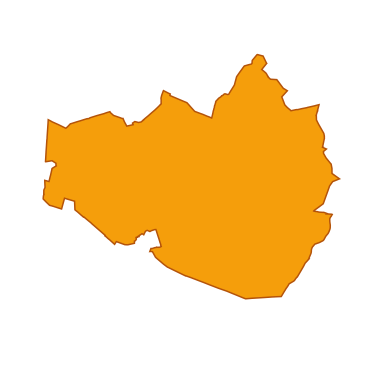 outline of Virbu pag., Talsi, Latvia, rotated 348°
{"feature_id": "27541924B43338172506229", "entity_name": "Virbu pag.", "entity_type": "district", "adm_level": 2, "iso_a3": "LVA", "parent_name": "Latvia", "parent_adm1": "Talsi", "projection": "orthographic", "projection_center": [22.631, 57.128], "detail": "fine", "context": "isolated", "style": "filled", "palette": "amber", "viewbox_px": 384, "rotation_deg": 348, "n_neighbors": 0, "source": "geoboundaries", "source_scale": "gbopen_adm2", "svg_char_len": 5463}
<svg xmlns="http://www.w3.org/2000/svg" viewBox="0 0 384 384"><g transform="rotate(348 192 192)"><path d="M292.5,281.8L292.3,281.7L292.5,281.5L292.8,280.9L293.6,279.7L295.0,277.7L295.6,276.8L295.9,276.2L296.3,275.2L296.7,273.6L296.9,273.2L297.1,272.7L297.4,272.2L297.7,271.7L298.3,271.0L298.6,270.6L299.5,270.0L300.0,269.6L300.7,269.0L301.3,268.6L301.8,268.4L302.7,268.4L303.7,268.2L304.9,268.1L306.2,267.9L309.5,267.0L309.9,266.9L310.0,266.8L310.6,266.5L311.2,266.0L313.4,263.4L313.6,263.2L313.9,262.9L314.9,262.1L316.2,261.1L316.8,260.5L317.8,259.2L318.7,257.8L319.2,257.0L319.7,255.9L320.0,254.7L320.3,253.5L320.4,252.6L320.5,251.0L320.6,249.8L320.9,248.1L321.1,247.1L321.3,246.6L321.8,246.0L322.3,245.4L322.7,245.0L322.8,244.9L323.1,244.7L324.5,243.1L324.1,242.8L319.1,241.4L319.6,241.1L316.7,239.3L316.0,239.2L312.1,238.1L310.3,237.2L308.7,236.7L307.2,236.0L307.1,235.9L307.6,235.5L309.8,234.5L317.9,230.8L325.1,219.2L327.9,214.6L328.6,214.0L331.7,211.1L339.0,209.8L332.8,203.0L333.5,199.5L333.8,198.0L333.9,193.6L333.3,192.6L330.3,186.7L330.2,186.5L328.7,181.7L329.0,179.7L332.4,177.9L329.1,175.5L329.4,175.3L329.1,175.1L330.9,171.0L332.3,167.8L332.6,167.3L333.0,165.0L333.1,164.9L333.1,162.1L329.9,152.0L329.0,148.6L329.0,148.4L328.7,147.5L329.5,143.1L329.3,143.0L329.7,142.3L330.8,140.2L331.3,139.5L331.8,138.8L331.9,138.4L331.7,138.4L334.4,133.0L331.3,133.1L330.1,133.2L322.5,133.3L321.7,133.4L316.7,133.3L312.6,133.4L311.2,133.1L309.9,133.1L305.7,133.1L305.0,132.0L302.8,129.2L300.9,126.1L299.6,117.6L306.3,112.8L303.6,110.2L303.3,110.0L303.0,109.8L302.3,108.4L298.3,99.7L292.2,98.0L291.1,96.4L290.3,95.2L290.5,95.1L289.8,93.2L289.5,92.1L288.9,90.8L286.2,87.3L285.7,86.7L291.8,81.7L291.7,81.6L289.8,73.8L285.8,71.8L284.7,71.2L284.4,71.2L284.0,71.3L278.3,75.8L277.4,78.7L277.0,79.0L276.7,79.2L273.5,79.3L269.4,79.6L267.4,81.3L265.6,83.0L264.3,84.1L262.9,85.4L259.8,88.3L259.5,88.7L255.7,96.2L249.3,102.8L248.7,103.6L248.2,104.0L247.6,104.1L247.2,104.1L246.6,103.8L245.7,103.3L244.9,102.9L244.3,102.8L243.8,102.9L242.1,103.9L241.4,104.1L241.1,104.0L240.8,104.2L240.6,104.5L239.1,105.3L238.5,105.4L237.5,105.9L236.8,106.5L236.6,106.6L236.4,106.6L236.2,106.9L235.9,107.1L234.8,107.7L234.3,108.3L234.0,108.6L233.8,108.9L233.8,109.4L233.6,109.6L233.5,109.8L233.1,110.5L232.6,111.5L231.9,112.5L231.5,113.8L231.3,114.2L230.8,115.0L230.3,116.1L229.7,117.1L228.9,119.0L227.4,122.2L226.6,123.7L223.9,121.8L223.2,121.4L222.7,121.1L218.7,118.3L216.1,116.7L211.4,113.7L208.5,108.7L207.0,106.0L205.6,103.6L201.7,100.9L190.4,93.0L191.1,91.6L189.6,90.5L185.3,87.0L185.2,86.9L184.9,87.2L183.1,90.1L182.5,91.0L181.2,93.7L181.1,94.4L181.0,95.2L180.8,96.4L180.5,97.5L180.3,98.9L180.2,99.3L179.6,99.8L179.5,99.7L177.7,101.0L175.5,102.4L172.7,104.1L170.9,105.1L169.4,105.9L167.6,106.9L165.0,108.4L161.9,110.0L159.2,111.5L159.4,111.6L156.9,112.9L154.2,112.9L150.7,111.2L148.1,112.3L148.4,113.9L141.9,114.0L140.5,109.3L139.8,105.7L139.0,105.6L137.0,104.3L131.2,100.8L128.7,97.4L128.4,96.4L125.4,96.6L123.0,96.9L122.8,97.0L117.9,97.3L114.8,97.5L107.6,98.2L106.5,98.7L104.5,98.5L100.8,98.8L97.9,99.1L94.0,99.4L88.0,100.0L87.2,100.0L83.7,102.4L81.8,103.4L75.3,98.3L69.8,94.3L69.7,94.2L68.7,93.3L66.4,91.4L65.4,95.1L61.9,107.4L61.8,107.7L61.4,109.4L60.8,111.1L59.2,116.8L57.5,122.7L57.4,123.4L57.3,123.5L57.1,124.2L57.1,124.3L55.0,131.9L55.1,132.0L61.6,132.3L64.9,135.6L64.5,137.6L64.7,138.2L61.0,139.5L60.0,139.9L59.3,141.5L56.9,146.7L56.8,146.8L56.7,147.0L54.3,152.0L50.4,150.0L50.1,151.6L49.2,157.0L47.5,159.3L46.4,163.9L46.5,163.9L45.9,164.8L45.2,167.0L45.0,167.9L47.4,171.7L49.9,175.4L51.1,176.0L52.3,176.6L60.9,181.5L66.0,171.6L75.2,176.6L73.8,185.1L74.1,185.4L74.3,185.7L75.0,186.6L75.8,187.5L76.9,189.0L78.0,190.5L78.7,191.5L79.5,192.5L80.1,193.3L80.6,194.0L81.0,193.9L84.7,198.6L86.0,200.2L87.0,201.5L87.9,202.9L88.8,204.0L89.6,205.1L90.8,206.7L92.0,208.3L95.1,212.4L98.1,216.4L97.9,216.6L97.7,216.8L98.3,217.5L98.9,218.2L99.9,219.7L101.0,221.1L101.4,221.5L102.3,222.8L105.4,227.1L107.7,224.8L115.4,229.6L118.2,230.3L119.0,230.3L125.0,230.2L125.5,228.1L125.9,228.1L126.3,227.9L126.8,227.6L127.2,227.2L127.5,226.9L127.6,226.6L127.8,226.4L127.8,226.1L127.8,225.6L127.7,225.2L127.8,224.9L128.0,224.7L128.4,224.7L128.6,224.7L129.0,224.9L129.3,225.0L129.4,224.9L129.6,224.8L129.7,224.7L129.7,224.3L129.8,224.2L130.0,224.2L130.3,224.4L130.8,224.6L131.0,224.6L131.0,224.4L130.9,224.1L130.9,223.9L131.1,223.7L131.6,223.4L132.1,223.4L134.4,222.4L134.6,222.5L135.9,223.8L138.2,220.9L139.4,220.3L139.6,220.3L140.2,220.2L142.6,221.9L144.2,221.4L147.6,221.0L148.9,221.2L149.1,223.2L149.7,229.1L149.9,230.8L150.1,233.1L150.2,234.6L150.3,235.2L150.5,236.9L150.5,237.1L150.3,237.4L150.6,238.9L149.6,239.2L148.6,239.3L148.0,239.2L146.6,238.9L145.9,238.6L145.8,238.8L144.2,238.7L141.2,239.0L140.1,238.7L138.4,241.4L138.5,241.4L140.9,242.1L142.5,247.4L142.5,247.7L143.2,248.9L149.1,256.6L152.3,260.3L152.7,260.6L162.3,268.1L168.2,272.7L168.3,272.6L168.6,272.8L169.0,273.0L171.3,274.4L173.6,275.8L173.9,276.0L174.9,276.7L175.9,277.3L180.5,280.3L184.4,282.8L189.8,286.4L195.8,290.3L198.1,291.8L205.4,296.2L210.2,299.5L214.2,302.2L220.2,306.3L222.2,307.6L228.5,308.4L241.2,310.3L248.4,311.3L254.0,312.2L257.4,312.8L257.6,312.8L260.9,309.2L263.2,306.8L263.7,306.2L265.8,304.3L267.1,302.9L267.9,302.0L269.4,301.5L272.7,300.4L273.8,299.9L275.3,298.4L276.9,297.1L277.2,297.1L277.6,296.7L283.0,290.8L285.7,287.8L287.8,285.2L292.5,281.8Z" fill="#f59e0b" stroke="#b45309" stroke-width="1.5"/></g></svg>